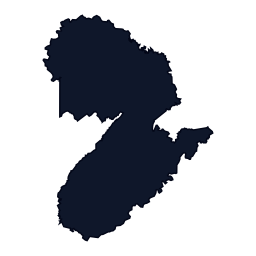 Zapotillo, Loja, Ecuador (Mercator projection)
{"feature_id": "8360857B34607676191169", "entity_name": "Zapotillo", "entity_type": "district", "adm_level": 2, "iso_a3": "ECU", "parent_name": "Ecuador", "parent_adm1": "Loja", "projection": "mercator", "projection_center": [-80.325, -4.234], "detail": "fine", "context": "isolated", "style": "filled", "palette": "ink", "viewbox_px": 256, "rotation_deg": 0, "n_neighbors": 0, "source": "geoboundaries", "source_scale": "gbopen_adm2", "svg_char_len": 5782}
<svg xmlns="http://www.w3.org/2000/svg" viewBox="0 0 256 256"><path d="M180.6,99.0L177.5,98.5L176.1,97.1L176.4,94.6L174.8,91.9L176.4,89.2L174.4,85.0L172.0,83.7L171.8,76.9L171.0,76.0L170.9,74.2L168.5,73.8L167.6,72.3L167.5,71.6L168.2,71.2L171.1,70.7L168.2,65.8L167.9,62.7L169.5,61.9L169.0,61.4L167.2,61.3L165.9,60.3L165.6,59.4L166.2,59.3L166.3,58.7L165.4,58.0L165.4,55.9L163.9,56.0L163.6,54.0L161.6,53.1L161.3,53.8L158.1,54.4L157.8,52.5L156.9,53.2L156.0,52.3L154.9,52.1L153.4,52.7L152.8,50.1L150.8,48.2L151.2,50.7L150.3,50.8L148.6,49.4L148.8,51.8L148.3,53.2L147.7,53.2L147.1,51.9L145.9,51.0L145.8,53.2L145.3,53.1L144.7,52.4L145.0,51.6L143.8,49.9L143.1,49.8L142.3,50.7L141.8,50.3L142.7,48.9L145.2,48.6L145.6,47.0L144.3,46.3L144.1,47.5L141.6,47.8L141.2,48.4L141.7,49.4L140.0,50.0L139.0,49.2L137.9,45.6L139.4,45.7L139.8,44.5L138.9,44.7L137.0,43.8L137.1,43.0L135.8,42.4L134.9,40.5L133.7,40.6L133.1,39.4L132.4,39.7L133.1,40.9L132.2,41.3L131.3,42.3L130.1,41.2L131.2,40.3L130.0,38.8L129.7,40.2L129.0,40.0L128.8,38.6L129.8,37.9L129.2,35.6L130.1,33.8L128.0,30.9L126.2,31.4L123.7,30.5L123.0,29.4L121.8,29.1L115.3,28.7L113.4,26.5L113.3,24.1L111.3,23.3L108.8,20.3L107.7,20.6L107.1,21.9L102.6,21.5L101.3,20.5L99.6,17.3L96.7,15.6L94.0,16.9L93.0,17.8L92.8,19.0L91.5,19.2L88.8,18.3L86.1,18.8L84.8,17.3L84.0,17.4L82.9,16.4L82.4,15.4L80.8,16.0L76.3,19.9L72.5,19.7L70.6,22.2L69.7,21.7L69.3,19.6L68.3,19.0L65.2,20.3L64.0,21.4L62.4,21.6L60.9,22.5L61.5,24.9L63.4,26.3L60.3,28.0L61.4,30.7L60.7,31.1L57.1,30.8L56.5,31.5L56.8,32.7L58.0,33.2L58.6,34.0L59.0,37.5L56.2,39.2L53.3,39.4L51.5,38.9L50.4,42.3L50.6,44.1L50.1,45.3L47.5,46.2L45.3,47.8L45.3,49.0L48.4,49.9L47.5,53.8L48.4,55.2L49.7,56.0L49.8,56.8L48.1,60.0L44.1,59.1L43.5,59.4L43.3,60.4L45.2,62.9L45.3,65.8L47.0,66.4L47.6,68.0L47.5,69.5L51.0,72.3L52.8,74.5L53.4,77.2L51.4,79.9L51.9,80.7L53.4,81.2L56.5,78.9L57.5,79.5L58.7,79.4L59.9,77.4L60.7,77.6L59.5,79.3L59.8,80.1L59.2,80.9L59.9,81.2L59.8,116.8L61.4,116.1L62.2,113.6L65.8,111.3L67.6,110.9L69.7,112.0L70.1,112.7L70.9,112.7L71.8,113.6L73.2,113.9L74.4,116.4L74.5,118.1L75.3,119.1L77.0,119.7L77.5,120.9L87.0,113.7L89.2,116.1L91.2,114.9L94.1,111.7L95.0,112.0L95.9,111.4L97.4,112.9L97.6,114.5L97.1,115.5L99.3,117.4L100.6,119.8L101.5,120.0L101.6,121.1L102.3,121.2L102.3,122.1L103.7,120.8L105.1,120.7L105.5,119.2L105.1,118.3L106.5,117.6L107.2,117.8L107.7,116.8L108.7,116.8L110.1,118.6L111.0,118.4L111.5,119.2L112.9,119.3L114.8,116.8L116.0,116.6L117.2,115.1L118.2,115.1L118.4,114.0L120.4,111.7L123.3,112.9L120.7,116.8L117.0,120.1L116.8,119.5L115.5,120.5L115.4,121.3L114.8,121.3L113.9,122.9L113.0,123.1L111.1,126.3L110.0,127.6L109.4,127.6L109.5,128.7L108.3,129.6L108.2,130.5L107.4,130.3L107.1,131.8L106.1,132.3L105.6,133.6L104.3,134.8L103.4,135.1L103.2,136.0L102.9,135.8L102.5,136.5L102.6,138.1L102.1,138.5L102.7,138.8L101.3,140.1L101.6,140.5L100.3,140.5L96.0,144.1L96.0,149.5L93.9,150.5L90.6,153.3L88.1,153.5L87.1,155.5L85.5,155.3L85.6,156.9L82.8,158.2L81.9,160.0L79.5,161.4L78.6,163.2L76.2,164.9L76.0,166.1L72.7,170.5L70.9,171.0L71.0,172.1L69.8,173.3L68.3,176.8L68.1,178.4L68.6,180.4L67.2,180.7L67.1,182.3L66.0,183.8L66.0,184.9L62.6,186.4L61.3,187.5L61.5,189.0L59.5,192.2L58.4,192.9L58.0,194.2L57.8,196.8L59.8,198.6L61.3,199.0L61.0,199.9L60.3,200.2L60.0,199.0L59.2,199.0L58.4,201.2L60.5,203.4L57.6,205.5L59.9,210.6L59.0,211.1L59.4,212.9L58.7,213.8L59.5,215.1L58.4,215.5L58.9,216.2L60.0,216.5L59.5,218.7L61.5,219.2L60.5,220.7L59.6,221.0L60.4,221.7L59.7,223.3L60.8,222.5L62.0,222.4L63.8,226.6L70.5,228.3L70.8,228.7L70.3,230.0L72.8,231.6L73.3,231.4L72.9,230.5L73.0,228.7L74.0,228.5L75.3,230.4L76.5,230.4L78.4,231.6L78.9,232.6L80.8,233.2L81.6,234.5L83.2,235.6L82.7,237.9L85.3,240.0L87.1,240.6L89.7,236.4L98.0,237.5L100.8,234.6L103.0,234.3L108.1,231.8L109.6,231.8L110.9,231.1L113.1,230.7L115.0,229.0L115.4,227.0L116.1,225.8L120.4,225.3L123.4,223.3L124.8,220.3L129.7,218.2L130.2,216.4L129.2,215.6L128.0,213.4L129.2,211.0L131.8,209.7L131.9,206.7L132.7,205.6L135.0,205.6L135.8,204.1L137.2,203.7L140.8,206.9L142.7,207.1L143.3,204.9L144.4,203.7L146.9,203.1L149.4,201.7L148.6,199.6L150.2,197.7L154.2,196.1L155.8,192.9L156.2,189.9L157.0,189.6L158.3,190.3L158.4,191.9L159.3,193.0L161.6,191.4L161.8,190.6L161.2,189.4L159.9,188.6L162.9,186.4L161.9,183.5L161.9,181.6L162.4,181.1L163.4,181.4L165.3,183.7L166.7,182.6L165.5,181.7L165.8,180.6L168.6,179.5L171.0,180.4L172.8,179.7L172.5,178.4L171.4,176.8L170.3,176.1L168.4,176.2L167.7,175.5L168.9,173.3L171.5,173.9L174.3,173.1L175.9,173.4L176.7,172.9L176.8,165.0L178.8,161.9L179.9,159.0L179.7,157.4L182.5,153.8L183.7,152.7L185.3,153.1L185.8,153.7L185.3,156.9L185.6,157.9L188.1,158.4L189.5,159.3L190.4,159.2L191.1,156.8L192.6,156.2L195.4,151.5L196.5,151.1L196.8,147.5L197.9,145.7L196.7,142.8L199.7,141.1L200.2,141.3L200.5,142.7L201.7,142.8L202.3,141.9L203.3,142.2L203.6,142.8L205.9,142.8L206.7,141.5L206.1,140.6L206.7,140.0L206.7,139.0L207.1,138.5L208.0,138.8L208.2,137.9L208.7,138.0L209.3,137.2L209.2,135.1L212.7,133.1L212.2,131.5L208.4,128.3L207.8,127.0L206.7,127.8L193.5,130.0L191.5,129.2L191.1,129.6L189.1,129.1L187.7,129.5L185.9,128.5L185.0,128.8L184.4,128.3L183.6,129.1L182.0,129.0L180.7,130.4L180.4,131.9L179.2,131.9L178.8,133.0L177.5,133.6L178.6,134.8L177.4,136.8L178.5,138.5L175.7,139.6L175.7,141.5L174.5,142.8L173.8,142.0L171.7,142.0L171.1,141.4L171.9,139.5L171.7,138.7L167.1,136.9L168.0,134.7L169.2,133.8L168.0,132.1L164.5,131.1L162.9,129.2L162.3,129.2L161.3,130.6L158.1,130.0L157.8,129.1L159.3,128.3L157.1,125.3L156.2,125.4L153.9,131.0L152.9,130.9L152.4,129.3L152.5,126.5L153.0,123.7L154.2,121.4L154.1,119.8L155.2,119.5L166.1,110.7L166.0,109.5L166.4,108.9L168.4,109.7L170.0,109.5L170.4,107.6L172.4,105.5L174.4,105.4L175.6,104.6L176.7,104.8L175.6,103.0L178.2,104.1L179.4,103.9L180.5,102.5L179.4,100.8L180.6,99.0Z" fill="#0f172a" stroke="#020617" stroke-width="1.5"/></svg>